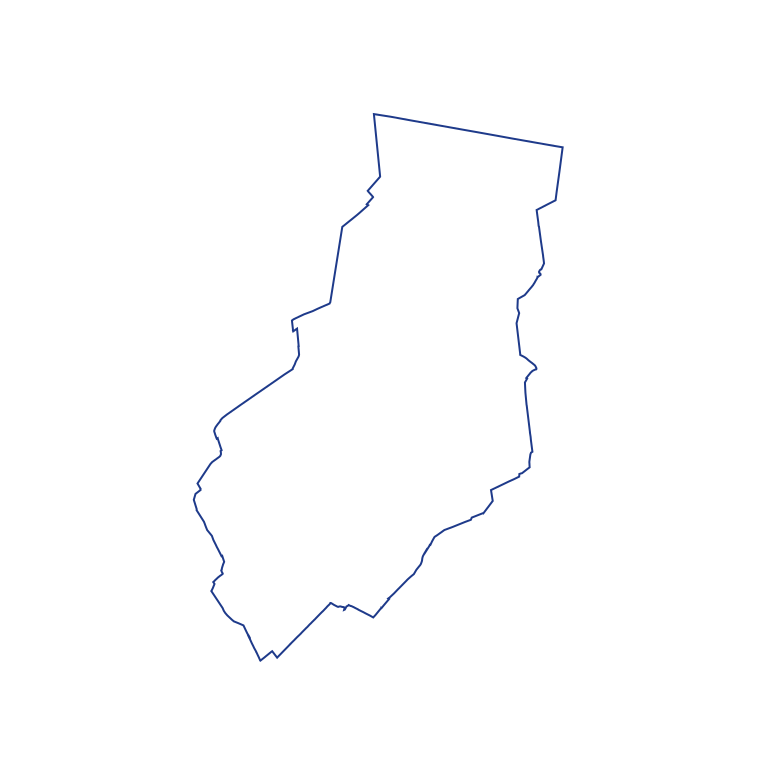 Mārupes pag., Marupes, Latvia, rotated 126°
{"feature_id": "27541924B47115385848599", "entity_name": "Mārupes pag.", "entity_type": "district", "adm_level": 2, "iso_a3": "LVA", "parent_name": "Latvia", "parent_adm1": "Marupes", "projection": "natural_earth1", "projection_center": [23.996, 56.885], "detail": "fine", "context": "isolated", "style": "outline", "palette": "blue", "viewbox_px": 768, "rotation_deg": 126, "n_neighbors": 0, "source": "geoboundaries", "source_scale": "gbopen_adm2", "svg_char_len": 5924}
<svg xmlns="http://www.w3.org/2000/svg" viewBox="0 0 768 768"><g transform="rotate(126 384 384)"><path d="M653.0,402.0L660.1,382.9L661.7,380.2L662.2,378.8L662.5,378.1L662.7,377.3L663.3,374.8L664.1,368.5L664.3,365.8L664.1,365.4L664.1,365.2L663.1,361.2L661.9,355.8L664.7,350.7L665.5,349.2L666.2,347.9L666.8,346.4L667.1,346.4L668.2,344.4L667.7,344.4L667.8,344.2L668.3,343.2L669.2,342.5L670.1,340.9L671.3,338.8L672.6,336.3L673.1,335.3L673.6,334.5L674.0,333.7L674.7,332.2L674.8,332.0L675.1,331.3L675.5,330.5L675.9,329.7L676.0,329.7L676.4,328.8L677.8,326.3L678.2,325.5L679.0,324.1L679.8,322.7L680.2,322.1L680.5,321.5L680.5,321.4L675.1,319.9L673.9,319.6L667.1,317.8L665.9,317.4L668.2,309.6L666.5,309.4L663.2,308.9L660.4,308.5L652.2,307.3L650.6,307.1L649.5,307.0L649.5,306.9L647.7,306.7L645.3,306.3L644.1,306.1L643.6,306.0L642.4,305.9L641.5,305.7L640.4,305.6L640.0,305.5L638.3,305.2L638.1,305.2L637.3,305.0L636.7,304.9L635.9,304.8L635.0,304.6L633.8,304.5L631.1,304.1L628.5,303.7L627.1,303.5L625.7,303.2L623.9,303.0L622.1,302.8L620.7,302.5L619.1,302.3L617.9,302.1L616.8,301.9L615.9,301.8L615.2,301.6L614.1,301.5L607.0,300.5L605.8,300.3L604.5,300.1L604.3,300.0L601.5,299.6L600.5,299.5L599.4,299.3L597.1,299.1L596.0,298.9L593.8,298.5L593.4,298.6L592.7,298.7L592.4,298.2L592.3,297.9L592.1,294.7L591.5,290.7L591.2,290.0L590.7,289.7L589.7,288.8L589.1,287.4L589.0,287.1L589.0,286.9L588.7,286.4L588.1,285.3L588.2,285.0L588.3,284.7L588.5,284.3L588.9,284.0L590.2,283.5L589.5,283.1L586.1,283.6L584.2,282.7L583.6,282.7L583.2,280.5L582.9,280.0L582.7,279.1L582.6,278.4L582.4,277.7L582.3,276.9L582.2,276.1L582.1,275.5L582.0,274.8L581.8,273.7L581.6,272.6L581.7,272.3L581.4,270.5L581.1,268.6L580.9,267.6L580.8,267.0L580.6,265.6L580.5,265.0L580.5,264.9L580.5,264.7L579.6,259.2L579.2,255.5L575.9,255.1L567.0,254.6L566.7,254.7L566.7,254.3L563.2,254.1L561.8,254.0L555.0,253.5L555.1,254.5L554.7,254.4L554.7,254.2L547.5,252.8L541.6,252.0L540.5,251.8L539.1,251.6L529.7,250.2L528.7,250.1L528.2,250.0L527.7,249.9L525.8,249.5L523.2,248.9L522.1,248.6L520.3,248.1L518.3,248.3L515.3,248.6L510.8,248.4L509.7,248.3L508.8,248.3L507.9,248.4L507.1,248.6L506.4,248.8L505.7,249.0L504.6,249.4L502.4,250.6L501.1,251.1L500.5,251.3L496.9,251.8L495.5,251.9L494.5,252.0L494.9,251.7L488.6,252.1L487.1,252.4L486.9,251.9L483.2,252.6L480.1,253.0L478.3,253.2L477.9,253.2L475.3,252.2L466.6,249.3L459.4,244.5L447.9,237.3L442.8,233.9L440.5,234.5L437.4,232.5L430.3,228.0L431.2,227.6L414.7,227.3L406.9,235.1L398.6,230.6L389.5,225.7L384.8,223.0L379.5,220.2L377.2,221.6L376.7,221.2L375.8,220.6L375.3,220.1L375.0,219.9L371.6,218.9L369.1,218.2L365.8,217.2L364.6,218.2L362.6,219.8L361.9,220.4L361.3,220.8L359.8,221.6L354.9,224.2L353.1,224.7L351.6,224.1L343.0,232.2L340.5,234.4L337.5,237.4L337.4,237.4L317.4,256.0L317.2,256.3L308.0,264.4L304.9,266.9L299.9,270.9L295.4,271.4L295.4,271.7L295.5,272.4L295.1,272.4L293.7,272.3L291.4,272.2L290.2,272.1L289.6,272.1L289.1,272.1L288.4,272.0L287.8,271.9L287.0,271.7L286.6,271.7L286.0,271.5L285.2,271.1L284.6,270.8L284.1,270.5L283.7,270.3L282.8,269.7L282.7,269.5L282.3,269.5L282.1,269.6L281.9,269.8L281.5,270.2L281.2,270.8L280.9,271.3L280.7,271.7L280.5,272.2L280.3,272.6L280.2,273.3L280.0,276.5L280.0,278.2L279.9,281.0L279.6,283.6L279.6,285.2L279.8,287.3L280.4,290.9L279.4,291.7L256.9,312.5L247.2,316.3L244.3,320.6L236.6,325.7L233.7,324.4L230.2,322.8L229.6,322.5L229.3,322.4L228.8,322.4L226.9,322.2L226.4,322.2L223.8,322.0L223.6,322.0L223.1,322.0L219.5,321.7L218.2,321.6L217.6,321.6L217.2,321.6L216.7,321.5L215.6,321.6L214.4,321.7L213.6,321.7L213.1,321.8L212.1,321.9L211.4,322.0L210.8,322.1L210.6,322.1L210.4,322.1L210.0,322.1L209.1,322.2L208.1,322.4L207.8,322.4L207.5,322.4L207.4,322.5L207.0,322.8L206.8,322.4L205.4,322.0L204.7,321.8L203.6,321.5L203.0,322.1L202.8,322.5L202.8,323.0L202.8,323.8L202.2,324.5L201.0,324.7L200.4,324.8L199.3,324.6L198.8,324.1L192.4,325.4L190.1,327.5L187.2,330.3L186.9,330.5L176.3,340.9L165.1,351.6L165.7,351.4L162.2,354.5L159.7,356.9L157.7,358.8L157.5,359.0L153.6,362.7L153.5,362.8L134.5,353.2L127.2,357.2L108.5,367.2L87.5,378.6L90.9,385.4L100.0,404.0L110.3,425.1L116.3,437.6L125.5,456.6L131.5,468.9L143.0,492.6L155.1,517.5L163.8,535.6L171.6,550.8L218.4,509.1L218.6,509.0L237.3,510.7L237.7,509.3L238.6,505.0L239.1,502.9L239.2,502.7L239.8,502.7L248.7,503.6L248.6,501.9L260.4,504.5L262.9,505.1L264.8,505.6L281.4,510.1L349.5,475.5L350.1,475.5L350.9,475.3L358.5,479.8L362.3,482.0L366.9,484.5L374.7,489.7L383.3,494.4L383.8,494.6L384.8,495.2L386.7,495.8L387.0,495.5L387.3,495.3L393.2,489.9L393.6,489.6L394.2,489.1L394.3,489.1L394.8,488.4L391.8,487.4L391.7,487.4L390.3,486.9L403.6,475.2L403.9,475.4L410.1,470.0L411.2,469.5L412.4,469.2L417.5,468.6L420.7,467.7L425.1,467.0L425.6,466.6L434.7,470.1L452.2,476.2L467.9,481.7L485.1,487.7L500.9,493.1L506.3,494.7L507.9,494.9L509.7,495.0L510.1,494.7L512.8,494.8L514.1,494.9L515.4,494.9L516.4,494.9L517.4,494.9L518.5,494.8L519.4,494.6L520.1,494.4L520.8,494.2L521.3,494.0L521.8,493.8L522.1,493.5L522.4,493.2L523.0,492.3L524.0,491.0L524.9,489.7L526.0,488.1L526.6,487.1L525.6,486.7L525.9,486.4L530.7,479.8L531.0,479.4L532.8,476.8L532.9,476.6L533.1,476.4L534.3,476.8L535.6,475.4L536.7,474.6L538.4,474.2L539.7,474.4L548.0,477.1L550.7,477.4L574.1,476.4L576.6,470.8L576.9,470.8L577.6,470.1L581.3,471.2L583.7,471.9L589.5,469.8L595.4,461.9L596.2,461.5L601.3,448.6L601.8,447.9L602.2,447.2L603.1,445.9L604.3,444.1L606.1,441.2L608.0,434.0L610.5,430.3L612.0,427.4L613.3,424.9L614.0,423.7L615.2,421.2L618.8,414.2L618.1,413.9L621.8,408.8L623.4,408.4L624.7,408.1L625.2,407.9L626.4,407.5L627.0,407.3L628.4,406.8L629.7,406.1L630.0,406.2L630.5,406.1L631.2,405.0L631.7,404.1L632.0,403.2L632.4,402.9L632.9,403.0L633.6,403.2L634.6,403.5L635.3,403.8L635.7,403.9L635.9,404.0L636.4,404.1L637.1,404.3L637.7,404.5L639.3,404.8L639.9,404.9L640.6,405.0L641.2,405.2L642.9,405.4L643.5,405.5L644.6,405.7L645.2,404.0L645.4,403.6L649.8,402.5L652.6,402.0L653.0,402.0Z" fill="none" stroke="#1e3a8a" stroke-width="2"/></g></svg>